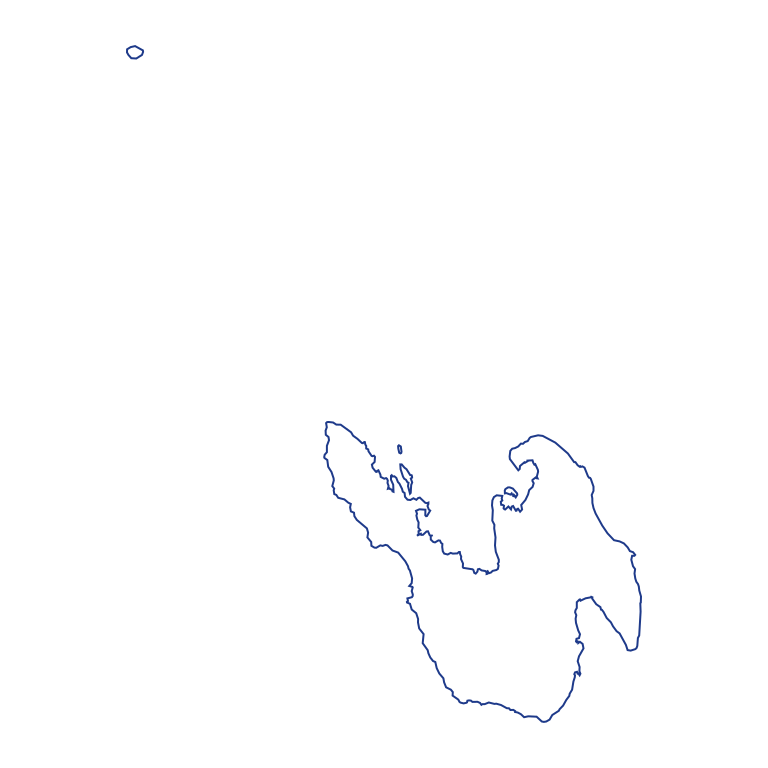 the district of Kota Sabang, Aceh, Indonesia
{"feature_id": "22746128B78398648082643", "entity_name": "Kota Sabang", "entity_type": "district", "adm_level": 2, "iso_a3": "IDN", "parent_name": "Indonesia", "parent_adm1": "Aceh", "projection": "robinson", "projection_center": [95.289, 5.924], "detail": "fine", "context": "isolated", "style": "outline", "palette": "blue", "viewbox_px": 768, "rotation_deg": 0, "n_neighbors": 0, "source": "geoboundaries", "source_scale": "gbopen_adm2", "svg_char_len": 6120}
<svg xmlns="http://www.w3.org/2000/svg" viewBox="0 0 768 768"><path d="M492.3,520.6L494.4,524.8L494.2,528.4L495.5,537.4L495.0,545.4L495.8,551.8L498.8,559.7L498.8,562.1L497.8,563.7L498.6,565.6L497.9,568.9L496.4,570.0L492.6,570.9L491.0,572.5L488.7,573.3L487.3,573.1L487.3,571.9L487.9,571.6L487.6,571.1L486.9,571.5L487.0,573.9L486.6,574.0L486.7,572.5L485.2,571.0L481.6,570.4L479.4,568.9L477.9,569.3L477.4,571.6L475.7,573.6L474.3,572.9L473.4,570.0L472.6,569.3L463.4,567.9L462.8,567.0L463.0,563.5L461.0,559.0L461.2,556.5L460.2,554.4L459.8,552.0L458.9,552.0L457.4,553.4L452.8,553.6L450.7,552.9L447.7,554.5L444.2,553.6L442.8,551.3L442.2,546.9L442.4,543.9L441.1,542.9L440.0,540.6L438.4,540.4L435.0,542.4L433.3,542.0L430.8,539.6L430.7,535.9L431.9,535.5L431.7,534.8L431.7,535.4L430.6,535.8L429.7,535.2L428.0,531.3L426.5,531.5L423.0,534.8L421.3,534.9L420.9,533.7L417.1,535.7L418.7,534.0L418.5,531.2L420.3,530.2L418.3,527.6L418.6,522.4L417.3,519.6L416.4,515.5L417.0,513.7L416.0,510.8L419.4,509.3L425.4,509.7L425.3,515.3L426.1,516.2L427.0,516.0L430.2,510.6L428.8,509.5L427.5,506.0L428.4,504.0L428.4,502.6L426.9,503.2L425.3,502.8L419.8,497.6L418.2,498.0L416.4,499.8L413.4,498.3L410.4,500.0L407.5,499.7L405.0,496.8L404.6,493.0L402.8,491.7L402.0,488.8L399.4,483.6L397.9,482.0L396.3,477.9L394.4,476.3L392.6,476.5L391.7,475.2L391.0,475.8L391.0,479.8L393.2,484.7L393.5,491.8L392.5,491.4L391.9,489.7L389.9,489.0L389.5,488.3L387.9,488.8L388.6,486.0L387.5,482.9L387.8,480.6L387.0,478.8L386.1,478.1L384.2,478.7L380.7,476.9L380.4,474.6L378.4,470.3L377.1,470.9L376.7,471.9L375.9,471.8L372.6,467.7L371.9,464.6L374.6,462.0L375.0,456.9L374.0,455.7L372.5,456.2L371.6,455.9L368.5,451.3L368.2,449.4L366.2,448.5L366.2,445.9L365.3,444.5L364.9,442.1L364.3,442.0L362.8,443.2L361.9,443.0L357.4,438.8L353.1,435.7L351.1,432.3L340.7,424.7L336.3,424.6L333.1,422.5L328.8,422.0L327.1,422.1L326.1,423.1L326.8,427.3L325.6,430.6L325.8,434.8L328.5,437.0L329.0,440.2L326.9,445.8L326.9,452.2L324.7,454.7L324.2,457.1L324.5,458.0L327.3,460.0L328.2,466.8L331.5,472.0L333.6,478.3L333.8,480.4L332.3,486.1L334.2,488.6L333.7,490.2L334.3,494.1L336.3,494.9L338.2,497.8L344.4,499.4L348.3,502.7L350.8,503.9L350.1,507.3L350.9,511.4L354.0,512.7L354.4,516.2L356.8,519.9L366.9,528.4L368.1,532.6L367.4,537.4L371.2,542.0L371.4,545.8L374.4,547.6L376.2,547.8L380.3,545.4L382.7,545.9L385.5,544.9L387.5,545.4L392.5,550.5L398.2,552.6L405.3,561.3L408.0,566.2L408.6,568.7L409.9,570.5L412.1,578.4L411.7,583.1L409.3,586.0L412.4,586.9L412.7,587.5L411.7,591.1L412.8,594.5L412.7,596.0L411.9,597.2L407.4,598.4L408.0,601.0L406.9,601.9L407.0,602.5L410.0,603.8L411.7,609.5L416.2,613.2L418.1,619.0L418.0,622.4L419.2,628.5L423.6,634.1L422.7,643.2L427.7,650.2L428.4,653.3L430.3,657.5L433.0,661.0L435.3,662.0L436.7,668.1L439.3,673.5L443.4,678.3L444.1,682.3L446.1,687.3L450.9,689.7L452.8,692.1L452.6,695.6L458.3,699.6L459.5,701.9L460.5,702.6L463.6,703.4L466.3,702.8L467.0,702.4L467.4,700.7L469.0,700.4L470.9,700.6L472.4,701.9L477.5,701.8L480.0,702.9L481.4,704.8L482.5,704.1L484.8,704.1L488.8,702.5L494.4,703.9L496.3,703.7L501.0,705.0L506.8,708.2L509.0,708.3L510.4,710.0L513.3,709.9L515.2,711.1L515.1,712.0L517.7,712.5L520.9,714.2L524.1,717.2L528.3,716.3L536.6,716.7L541.8,721.5L543.9,721.9L546.3,721.5L549.6,719.6L552.3,715.0L558.8,710.8L559.6,709.2L563.1,705.6L566.3,699.9L569.3,695.9L569.7,693.7L572.1,689.7L573.4,681.6L574.8,677.2L575.0,675.3L574.3,674.2L575.0,672.4L577.0,671.8L577.6,673.6L578.3,673.4L579.6,675.3L580.4,673.7L579.4,671.2L579.6,667.0L577.7,661.2L579.0,656.3L583.5,648.4L582.6,643.9L579.9,641.8L578.2,643.1L577.9,641.5L577.1,641.1L576.5,642.0L576.0,641.4L576.5,638.8L579.0,638.1L580.0,634.2L578.2,630.4L576.0,622.9L575.6,618.7L576.3,615.2L575.1,612.3L575.5,610.2L576.8,608.0L576.8,602.2L579.4,599.6L579.9,599.4L580.5,600.7L585.6,598.3L590.9,597.3L591.2,596.8L592.4,597.3L592.2,598.6L596.3,604.3L600.4,607.1L601.0,609.6L601.9,609.8L603.5,611.9L606.7,618.0L610.9,622.3L613.0,626.3L616.6,631.2L619.6,633.4L625.9,644.9L627.6,650.1L630.7,650.6L635.4,649.1L636.6,647.9L637.3,645.9L637.9,638.0L639.2,635.5L640.6,611.6L640.3,603.2L640.8,602.6L641.0,596.5L639.3,590.6L638.8,586.5L638.0,584.1L636.3,581.7L635.3,578.5L634.5,573.5L635.1,569.1L633.0,566.2L631.3,559.7L632.1,555.8L634.4,555.8L635.2,554.9L633.1,552.2L629.9,551.1L627.7,547.4L623.9,543.4L619.6,541.4L614.0,540.2L607.5,533.3L602.2,525.5L595.6,513.5L593.5,508.0L592.4,503.0L592.3,498.3L591.7,495.0L593.5,490.9L593.5,486.6L590.8,478.9L590.1,477.9L589.0,477.7L587.9,476.1L584.5,467.6L582.4,466.4L580.9,466.9L580.2,466.2L579.6,466.7L577.6,465.2L575.4,462.1L574.1,462.1L567.9,453.5L555.3,442.6L542.7,435.9L538.1,435.3L530.9,437.0L529.7,437.9L527.7,441.1L524.9,442.0L523.0,443.8L520.9,443.6L518.2,446.5L515.0,448.1L512.2,448.7L510.3,450.9L509.6,456.5L509.9,459.1L518.3,470.3L519.7,469.0L520.0,466.0L524.4,462.3L524.9,462.8L527.6,461.2L527.5,460.6L532.5,460.3L533.3,462.9L534.4,464.7L535.3,464.2L537.9,469.9L538.1,471.7L536.8,476.7L537.6,478.4L536.4,478.2L535.9,477.3L532.5,479.9L532.4,480.9L533.7,483.2L532.6,486.9L529.2,490.1L528.1,494.4L525.4,500.0L521.2,505.0L522.1,509.5L520.1,511.7L518.1,508.7L517.3,508.9L516.5,510.7L515.9,510.8L513.1,506.0L511.7,506.6L511.0,509.4L508.4,506.5L505.2,509.5L504.5,509.3L503.6,508.4L504.0,505.7L502.7,504.9L501.2,504.8L500.8,501.7L502.3,500.5L501.7,498.6L502.3,495.9L496.7,495.3L493.9,497.1L492.4,500.4L492.0,505.4L492.8,510.2L492.3,520.6ZM136.3,58.5L142.0,54.9L143.1,51.9L142.9,50.4L135.1,46.1L130.7,47.1L127.1,49.3L127.0,52.4L128.4,54.9L131.3,58.2L136.3,58.5ZM410.2,475.1L406.5,469.2L404.5,467.7L401.7,464.4L400.3,464.4L400.6,469.2L403.0,476.6L404.2,478.7L406.0,479.8L407.4,482.2L408.5,482.7L408.0,486.1L410.0,493.7L410.7,492.9L411.2,484.9L412.2,482.4L410.8,478.5L412.1,477.6L412.0,476.2L411.6,475.2L410.2,475.1ZM509.8,487.4L508.0,487.4L505.4,489.1L504.8,490.4L504.9,493.4L506.3,493.1L510.4,494.6L511.6,493.4L512.1,494.6L513.5,494.4L514.1,495.0L513.3,495.1L513.3,496.1L514.8,496.3L515.7,497.4L517.3,494.8L517.1,493.4L512.9,488.6L509.8,487.4ZM400.5,453.4L401.2,453.0L401.5,451.7L400.8,446.5L398.9,445.3L398.1,446.1L398.3,448.6L399.2,452.7L400.5,453.4Z" fill="none" stroke="#1e3a8a" stroke-width="2"/></svg>